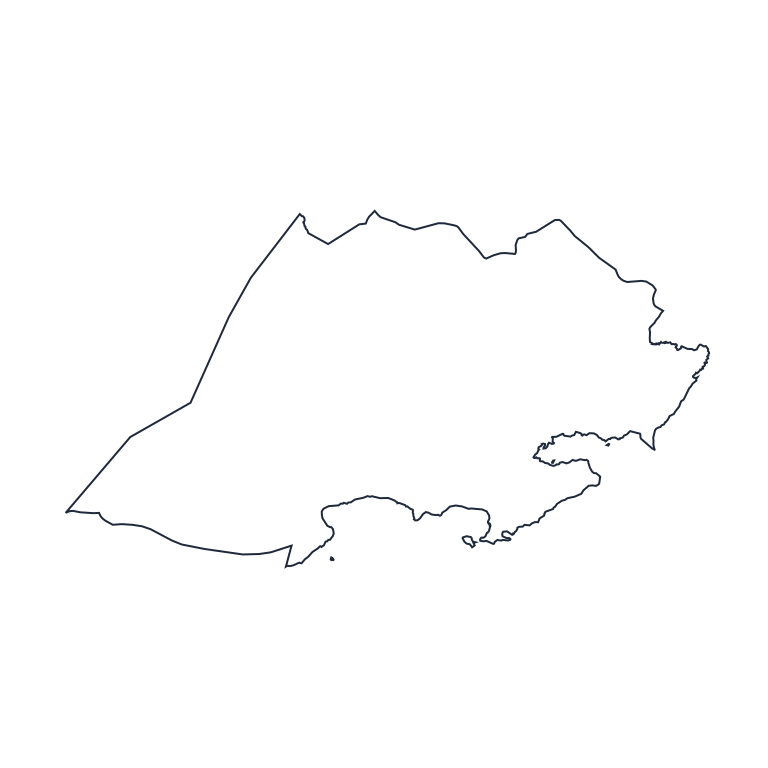 Kjósarhreppur, Höfuðborgarsvæði, Iceland, rotated 176°
{"feature_id": "244011B42175048354153", "entity_name": "Kjósarhreppur", "entity_type": "district", "adm_level": 2, "iso_a3": "ISL", "parent_name": "Iceland", "parent_adm1": "Höfuðborgarsvæði", "projection": "orthographic", "projection_center": [-21.584, 64.307], "detail": "fine", "context": "isolated", "style": "outline", "palette": "slate", "viewbox_px": 768, "rotation_deg": 176, "n_neighbors": 0, "source": "geoboundaries", "source_scale": "gbopen_adm2", "svg_char_len": 6099}
<svg xmlns="http://www.w3.org/2000/svg" viewBox="0 0 768 768"><g transform="rotate(176 384 384)"><path d="M456.2,559.4L509.4,499.3L534.2,461.5L578.3,378.8L640.8,348.8L710.5,277.7L706.3,279.1L702.9,279.1L696.0,277.2L682.7,275.4L677.3,275.3L675.9,271.9L674.0,269.3L671.4,267.0L664.4,262.5L655.3,262.5L644.9,261.1L635.5,259.0L626.9,255.4L606.4,242.6L596.9,238.0L574.4,231.9L536.7,223.8L520.2,223.1L508.6,224.0L487.5,229.2L494.6,208.6L493.0,209.4L490.6,208.9L486.8,209.5L481.1,211.7L478.8,210.9L475.1,214.7L471.8,216.8L467.1,221.4L461.5,224.6L459.3,226.5L458.5,226.6L457.8,225.8L455.1,227.4L453.3,230.8L451.5,231.1L450.4,232.4L448.7,232.4L445.7,235.9L444.7,238.0L444.6,239.0L445.0,242.7L446.6,244.9L448.2,245.2L450.4,246.5L454.7,254.3L455.1,257.5L455.0,260.9L453.9,262.8L452.7,264.0L447.6,266.0L437.8,266.1L435.3,267.7L433.4,267.5L432.4,268.3L429.3,267.1L427.9,268.2L425.3,268.3L421.0,270.8L412.7,271.9L408.3,273.3L405.8,272.5L403.9,272.9L396.0,270.4L387.8,270.0L382.2,267.4L378.9,264.9L379.0,264.1L376.9,264.2L371.2,261.6L370.6,260.2L369.2,260.2L366.5,257.7L364.1,256.6L364.0,255.6L364.3,253.3L363.8,252.4L363.9,250.5L363.1,247.8L363.6,247.0L362.3,245.7L360.2,245.7L357.5,247.4L354.1,251.6L351.2,253.3L348.5,252.5L345.7,250.6L342.2,249.7L338.9,249.7L337.5,248.7L336.1,249.2L334.8,251.6L330.6,253.9L326.9,257.1L320.9,257.8L314.6,256.4L308.4,253.6L305.4,253.7L294.7,252.0L290.4,249.7L288.3,245.4L288.2,242.5L290.0,239.2L290.0,238.5L289.2,237.1L288.4,237.5L287.9,236.5L287.9,235.0L289.3,235.0L287.9,234.8L289.5,230.2L290.7,228.7L291.7,228.4L293.5,224.9L295.6,223.7L297.5,224.0L298.5,223.2L299.1,221.6L298.8,220.8L295.7,220.1L292.7,220.3L286.3,216.9L285.4,217.0L284.5,218.8L281.8,220.5L278.0,219.6L276.5,220.2L271.1,219.2L269.2,219.7L268.7,220.3L269.6,221.5L272.6,221.8L276.3,223.8L276.6,225.6L276.2,227.2L275.5,228.3L271.5,228.4L266.7,224.6L265.5,225.1L265.6,225.9L264.6,226.0L263.7,227.3L262.4,228.1L261.2,230.0L261.1,231.1L259.6,232.1L255.5,232.1L253.7,233.7L248.5,232.8L246.3,234.6L243.1,235.7L239.9,235.4L238.2,239.0L233.5,241.5L233.1,243.2L232.7,243.4L232.5,244.6L231.5,245.4L224.1,247.5L223.4,248.9L222.0,249.5L219.8,252.3L214.8,255.1L211.5,255.8L208.9,257.3L201.7,258.3L194.8,260.7L192.5,264.0L186.9,268.2L183.3,268.3L179.7,267.6L177.8,268.4L176.3,269.5L174.8,276.5L178.5,280.1L181.0,280.6L182.5,282.1L184.4,286.0L185.6,290.9L185.7,293.0L187.3,294.2L188.8,294.0L193.5,295.2L198.0,293.9L201.1,295.1L204.7,292.8L207.5,292.1L211.4,293.7L214.2,293.2L214.7,292.1L215.7,291.6L217.5,291.8L218.7,290.9L220.8,290.5L224.1,291.7L225.8,293.3L228.7,293.9L231.1,295.8L233.5,296.0L233.9,296.4L233.6,298.5L234.0,299.1L236.3,299.2L237.1,300.2L238.6,299.6L239.9,300.0L240.0,300.4L238.2,303.0L236.1,304.3L234.6,307.2L233.8,307.7L234.6,308.7L234.2,310.1L231.4,311.4L230.7,312.2L230.9,313.1L229.4,313.5L227.6,312.9L227.5,311.6L229.1,309.8L229.4,308.5L227.2,308.6L225.4,310.2L224.4,312.9L223.5,313.9L220.6,312.5L218.8,312.8L218.6,313.3L219.8,314.6L219.4,318.0L220.1,319.1L219.9,319.5L215.7,319.3L209.5,321.8L208.6,321.7L208.4,320.5L207.8,319.9L201.6,318.5L199.9,319.5L197.8,319.8L195.9,322.9L191.5,321.3L190.4,320.3L190.4,319.0L189.6,318.7L188.8,319.5L187.4,319.7L185.5,318.8L182.5,320.6L178.1,320.1L175.3,318.4L173.5,315.7L171.3,314.6L170.0,313.1L168.1,312.6L166.9,311.3L163.8,313.5L162.1,313.3L161.7,314.1L160.3,314.5L157.0,314.5L154.2,312.4L152.9,312.5L152.5,312.8L152.6,313.3L149.5,313.9L148.3,315.7L145.2,316.8L141.8,319.8L132.1,316.6L131.8,315.9L131.9,312.8L131.3,311.3L121.0,301.0L118.7,299.6L118.6,299.8L119.2,302.0L119.5,305.1L119.1,308.4L119.2,311.6L116.9,318.8L115.7,320.3L113.2,321.5L111.2,321.8L110.0,323.4L107.4,324.2L106.2,326.3L105.3,326.6L103.3,328.7L101.3,332.1L96.9,333.9L95.4,336.2L91.1,340.9L89.2,345.3L88.4,346.4L86.6,347.2L85.7,348.3L79.9,358.4L77.9,360.3L76.1,362.9L72.1,365.6L72.3,367.0L71.0,368.7L72.2,368.2L74.4,368.7L75.3,369.6L75.0,370.5L72.3,372.6L71.9,373.5L70.9,372.9L68.2,375.1L67.7,376.2L66.5,376.0L66.0,377.0L64.6,377.1L64.5,377.8L65.0,378.4L64.9,379.0L63.2,379.6L62.4,380.8L62.9,382.7L62.7,383.0L61.3,382.4L60.4,382.7L60.3,383.1L60.9,384.4L60.8,385.5L58.8,387.0L59.7,388.9L58.4,389.7L58.4,390.8L57.5,392.0L57.7,393.2L58.6,394.4L58.2,395.5L58.3,396.3L60.3,399.4L62.3,399.1L65.3,401.2L66.2,401.1L67.5,400.0L69.6,396.7L72.3,396.0L74.1,397.3L78.9,397.9L84.4,400.9L85.0,400.5L85.1,399.1L88.3,397.3L89.1,397.6L89.2,398.5L90.6,400.3L89.2,401.8L89.4,402.9L90.2,403.5L91.3,403.1L92.3,403.7L94.4,403.7L95.5,405.6L98.0,405.2L99.4,406.1L100.2,406.0L100.0,405.6L100.2,405.2L101.4,405.2L101.6,405.4L101.2,406.1L102.9,405.6L104.5,405.9L104.8,406.5L106.9,404.2L107.7,404.6L106.9,405.1L107.1,405.5L109.9,404.4L110.5,404.6L110.2,405.2L112.3,404.7L113.9,405.2L113.4,405.8L115.7,407.3L115.7,411.2L115.0,417.0L115.4,420.6L114.3,422.3L109.7,426.3L108.5,428.3L104.9,432.0L103.1,434.9L100.5,437.5L107.8,442.5L108.8,443.9L109.4,445.7L109.7,450.2L109.3,452.0L108.5,454.4L106.4,458.5L106.4,459.4L109.1,463.5L115.2,467.9L120.0,468.9L134.3,468.8L137.9,470.3L140.2,472.1L142.4,474.6L143.4,477.0L145.0,482.0L160.5,494.8L170.5,506.2L183.5,518.4L187.3,523.8L196.2,534.5L197.8,535.5L202.2,535.6L221.5,525.3L230.5,523.7L232.9,520.9L239.6,519.9L241.1,518.1L243.0,513.5L243.0,508.0L243.7,505.3L244.2,504.6L254.0,506.2L258.6,506.3L265.5,504.8L273.4,502.0L275.5,503.3L280.0,510.1L294.5,528.1L299.0,535.2L300.6,536.5L303.3,537.5L312.3,540.0L318.4,540.6L342.5,535.9L357.9,541.8L361.4,544.6L375.7,550.6L378.1,553.1L381.2,557.3L387.3,551.8L389.2,549.1L391.0,545.3L397.5,545.0L430.0,527.5L449.0,539.8L449.9,543.1L451.1,544.2L451.4,545.3L451.4,546.3L452.2,547.0L452.6,550.0L453.2,550.6L453.2,551.1L452.2,551.8L451.8,552.9L451.8,554.9L452.8,556.8L454.1,557.1L456.2,559.4ZM312.9,219.1L309.5,218.1L307.5,215.0L304.8,216.6L305.8,219.1L303.7,219.7L306.2,220.5L307.3,222.7L307.3,224.2L308.0,225.2L312.2,226.4L316.1,225.4L316.3,224.4L314.7,221.0L312.9,219.1ZM446.8,211.9L446.6,212.5L447.5,213.9L448.7,214.7L449.4,212.8L448.8,212.0L446.8,211.9ZM220.5,295.9L221.8,294.2L221.7,293.6L220.9,293.6L219.6,295.9L220.5,295.9ZM164.1,308.6L166.0,307.5L164.5,306.9L163.6,308.2L164.1,308.6Z" fill="none" stroke="#1e293b" stroke-width="2"/></g></svg>